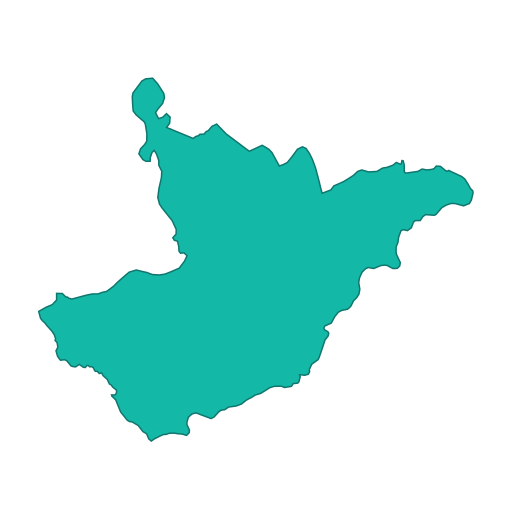 outline of Tshela, Bas-Congo, Democratic Republic of the Congo, rotated 178°
{"feature_id": "63176286B47015384768636", "entity_name": "Tshela", "entity_type": "district", "adm_level": 2, "iso_a3": "COD", "parent_name": "Democratic Republic of the Congo", "parent_adm1": "Bas-Congo", "projection": "robinson", "projection_center": [12.976, -4.984], "detail": "fine", "context": "isolated", "style": "filled", "palette": "teal", "viewbox_px": 512, "rotation_deg": 178, "n_neighbors": 0, "source": "geoboundaries", "source_scale": "gbopen_adm2", "svg_char_len": 5352}
<svg xmlns="http://www.w3.org/2000/svg" viewBox="0 0 512 512"><g transform="rotate(178 256 256)"><path d="M363.9,434.9L368.4,429.3L373.3,423.2L374.1,419.4L374.0,412.8L373.7,405.3L371.0,401.4L366.9,397.5L363.1,394.1L362.0,391.6L360.8,381.9L361.2,374.5L363.5,371.2L367.6,367.2L369.5,362.2L365.7,356.3L362.7,354.5L358.5,354.4L358.2,358.1L356.3,363.1L354.0,365.1L351.8,361.2L349.9,354.9L349.9,349.9L347.2,344.0L347.8,337.6L350.6,327.0L352.1,317.9L350.6,311.2L348.3,307.4L344.6,302.4L338.5,294.2L334.8,285.3L335.1,280.7L338.5,277.1L337.0,274.5L334.0,273.6L332.9,268.2L332.8,263.6L331.3,261.4L327.9,261.7L324.9,258.7L327.6,253.4L333.2,246.5L341.1,243.4L347.5,241.1L353.2,240.4L360.3,241.1L365.6,243.3L372.7,245.2L376.1,246.2L383.3,244.3L387.4,241.1L392.3,237.1L396.1,233.9L399.1,231.0L402.2,228.8L403.6,227.8L406.6,225.8L410.7,225.1L415.3,223.6L420.9,223.8L427.3,222.7L436.7,220.5L441.6,219.4L444.7,220.4L445.2,220.9L445.8,221.5L447.4,221.7L447.5,221.7L450.9,225.3L453.4,225.4L456.6,225.6L456.8,219.0L461.3,214.5L467.6,212.1L475.1,208.2L473.5,201.2L471.8,198.9L469.3,196.4L467.2,193.5L465.0,190.9L462.6,188.0L460.4,184.4L459.4,181.3L459.2,180.6L459.4,179.8L459.7,178.6L458.4,177.1L457.9,176.6L457.4,173.3L457.2,171.8L458.0,170.4L458.6,169.2L459.2,168.2L457.8,162.6L456.2,160.2L455.1,158.7L451.0,159.0L448.9,158.1L444.7,152.6L444.2,152.4L442.2,151.7L441.0,151.6L440.1,151.5L436.4,153.8L432.6,150.9L430.5,150.5L429.0,152.3L428.5,152.4L427.6,152.5L426.1,151.0L424.3,151.2L422.6,150.2L421.7,148.2L421.4,147.4L420.6,146.4L418.6,146.2L416.7,144.0L414.3,144.5L413.9,143.6L413.0,141.8L410.4,139.3L408.9,137.8L407.0,133.2L405.3,132.3L404.4,130.9L403.8,130.0L402.5,128.9L401.8,128.3L400.4,127.1L400.1,125.9L399.9,125.4L400.2,124.6L400.7,123.1L401.4,122.6L402.1,122.0L405.2,122.2L405.0,121.4L405.0,121.1L402.6,118.6L401.2,117.1L396.7,104.8L396.0,103.9L395.1,102.7L391.3,97.6L390.3,96.3L389.6,95.9L388.3,95.0L385.6,94.5L384.3,93.7L379.6,90.7L378.6,89.3L377.9,88.3L376.1,85.8L375.2,84.5L372.7,82.9L371.5,82.1L371.2,81.3L369.6,77.0L368.0,75.5L367.1,74.7L363.7,76.9L360.7,78.3L357.6,79.7L354.8,80.8L351.8,80.9L349.2,81.8L345.8,81.9L343.0,81.7L340.5,81.1L338.3,80.9L336.7,80.7L334.9,80.3L333.2,79.6L331.6,79.2L328.9,81.8L328.6,84.4L329.2,85.7L331.0,90.2L330.7,92.7L329.2,97.2L328.5,97.8L325.4,100.4L321.4,101.3L321.0,101.1L318.9,100.3L317.2,99.5L308.7,96.0L306.6,95.1L303.5,96.6L298.7,101.5L296.3,103.1L293.4,103.4L292.6,103.5L292.4,103.6L288.6,106.0L280.9,106.8L276.9,108.2L276.5,108.3L276.3,108.4L275.8,108.5L273.5,110.2L270.8,112.2L270.6,112.3L270.4,112.4L269.3,113.0L267.1,114.1L265.7,114.6L261.6,117.1L258.8,117.8L255.9,118.6L249.9,122.1L246.8,123.9L245.7,124.2L242.5,125.1L235.2,125.0L232.2,123.6L225.1,124.5L224.4,125.5L223.3,127.1L221.7,127.3L220.8,127.3L218.8,127.5L218.2,128.0L217.6,128.6L216.0,133.9L216.6,135.8L214.7,135.6L211.4,135.1L209.1,135.7L207.8,136.0L206.5,138.4L206.6,140.9L204.0,146.0L200.2,148.5L199.5,149.0L197.6,150.2L197.2,151.0L196.6,152.0L194.7,156.9L193.3,160.6L190.7,167.6L190.0,169.6L186.8,173.4L186.0,176.3L186.8,177.8L190.3,180.1L190.5,181.1L190.6,181.8L190.0,183.0L189.6,183.7L188.1,184.3L184.1,185.9L183.8,186.0L183.2,186.3L182.2,187.9L179.3,192.8L177.5,194.9L175.8,196.9L172.3,198.6L170.0,199.0L166.4,199.6L163.3,202.1L161.5,205.1L160.1,207.8L159.1,208.7L156.7,211.0L155.3,213.1L154.5,214.2L154.3,215.0L153.4,219.1L153.8,222.4L154.3,225.9L153.3,230.5L153.1,231.0L152.5,232.3L150.5,236.2L146.8,239.6L146.0,239.8L144.4,240.6L138.7,239.4L131.6,242.1L127.6,242.4L127.3,242.3L125.3,242.0L119.8,238.8L117.6,238.6L115.6,238.8L115.1,238.8L113.3,240.5L112.7,241.0L112.0,244.4L113.3,247.4L115.6,252.8L115.9,255.8L115.8,256.8L115.7,258.8L115.6,260.3L113.7,264.6L112.8,269.8L110.9,274.6L110.2,276.2L110.0,276.3L108.1,277.2L107.3,277.0L103.8,276.1L99.8,278.7L97.4,284.4L95.7,285.8L94.1,285.8L93.6,285.8L90.7,285.7L87.8,289.6L85.7,291.0L85.1,291.4L76.4,290.5L74.7,291.2L68.6,297.8L65.5,299.5L63.9,300.3L59.3,301.7L55.3,301.5L46.8,298.9L40.9,301.0L38.8,304.4L36.9,311.3L37.1,313.6L39.3,315.9L40.2,317.7L41.4,320.1L42.7,322.3L44.6,325.6L47.7,328.3L50.9,329.9L54.6,331.8L57.0,333.0L60.4,334.8L61.1,334.4L61.3,334.2L61.7,334.0L62.8,334.4L63.7,334.8L67.9,338.6L68.5,339.1L69.7,339.3L72.7,339.6L75.0,337.1L76.9,336.5L82.0,336.0L87.0,337.1L91.2,334.9L103.3,333.6L104.8,334.7L104.7,342.0L105.6,346.0L106.8,346.3L107.3,344.3L107.6,343.1L108.5,342.7L112.5,344.6L114.1,343.4L115.9,342.0L121.5,340.2L122.4,339.9L123.8,339.8L126.6,339.4L132.2,336.3L136.1,336.2L140.6,336.1L147.3,338.3L151.4,337.0L152.2,336.3L155.9,333.1L161.6,329.7L165.9,327.3L167.4,326.7L168.3,326.3L173.5,324.2L175.7,323.4L177.4,321.3L178.9,319.4L184.7,317.4L187.7,316.4L189.0,321.7L190.0,326.9L192.9,339.7L193.6,342.5L196.3,350.7L199.1,356.8L202.3,361.8L205.8,363.5L210.8,361.3L213.9,357.3L217.5,352.9L221.4,348.4L224.9,346.7L229.5,345.1L232.1,350.2L236.4,358.7L236.4,358.8L238.3,360.9L239.3,362.1L240.8,363.1L242.5,364.3L246.0,366.4L259.1,360.9L274.9,373.7L281.6,379.1L290.7,389.2L295.5,387.1L298.7,383.6L299.6,382.7L300.0,382.6L301.3,382.2L302.8,380.6L303.8,379.6L307.4,379.6L307.9,379.6L309.1,378.4L310.6,377.9L312.2,377.5L314.4,375.9L314.7,375.7L340.9,387.6L337.7,391.6L337.0,397.8L340.5,401.4L344.4,397.9L348.6,396.7L351.4,402.7L349.0,406.2L344.0,411.7L341.9,417.5L342.5,421.7L348.2,431.4L353.1,437.3L360.1,436.9L363.9,434.9Z" fill="#14b8a6" stroke="#0f766e" stroke-width="1.5"/></g></svg>